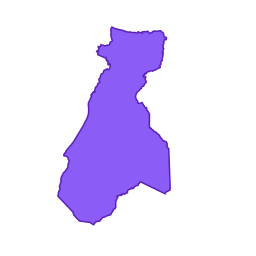 Morazan, Yoro, Honduras (Natural Earth projection), rotated 14°
{"feature_id": "27666195B65366922355243", "entity_name": "Morazan", "entity_type": "district", "adm_level": 2, "iso_a3": "HND", "parent_name": "Honduras", "parent_adm1": "Yoro", "projection": "natural_earth1", "projection_center": [-87.562, 15.347], "detail": "fine", "context": "isolated", "style": "filled", "palette": "violet", "viewbox_px": 256, "rotation_deg": 14, "n_neighbors": 0, "source": "geoboundaries", "source_scale": "gbopen_adm2", "svg_char_len": 5626}
<svg xmlns="http://www.w3.org/2000/svg" viewBox="0 0 256 256"><g transform="rotate(14 128 128)"><path d="M88.0,33.9L87.6,35.2L87.5,37.1L88.5,39.3L88.8,41.8L90.4,45.2L91.5,46.6L91.7,47.1L91.3,47.8L90.3,48.7L89.9,49.3L89.8,49.7L90.0,50.5L90.0,51.1L89.7,51.7L89.2,52.3L88.8,52.5L87.8,52.6L86.0,53.8L84.9,53.7L83.3,53.7L82.5,54.2L81.7,53.7L81.7,54.5L81.3,55.2L81.1,56.1L79.7,56.2L79.3,56.3L79.4,56.6L80.4,57.4L80.6,57.6L80.6,58.1L80.2,58.7L80.7,59.4L80.8,59.8L80.5,60.3L79.3,60.7L79.1,61.0L79.0,61.4L79.2,61.6L80.4,61.3L80.8,61.5L80.9,61.9L80.7,62.8L80.6,63.4L80.9,64.0L81.2,64.2L86.4,65.1L88.5,65.5L89.0,65.4L89.3,65.2L89.5,64.9L89.8,65.2L90.0,66.7L90.2,67.0L91.1,67.4L91.6,68.2L92.1,67.8L92.4,67.9L92.7,68.7L92.8,70.4L93.2,71.2L93.7,71.5L94.3,71.3L94.5,71.1L94.6,70.3L94.7,70.1L95.4,70.7L95.7,71.8L95.8,72.5L95.8,73.2L95.5,75.2L95.1,76.0L94.8,76.2L94.5,76.2L93.6,75.8L93.1,75.8L92.7,76.1L92.4,77.1L92.1,77.4L91.8,77.5L91.1,77.6L90.5,78.7L90.8,79.8L90.6,80.8L89.3,81.8L89.1,82.1L88.9,82.7L88.8,83.5L88.8,85.4L88.0,87.5L88.1,87.8L88.3,88.9L89.1,89.9L89.6,90.2L89.6,90.4L89.4,90.8L88.8,91.3L87.8,92.3L87.8,92.5L88.0,93.3L87.9,94.4L87.5,95.3L87.6,95.6L87.4,95.8L86.6,96.3L86.7,97.1L86.6,98.9L87.0,100.4L87.1,101.3L86.9,101.4L86.7,101.5L86.5,101.2L86.2,101.0L85.6,101.3L85.1,102.8L84.5,103.6L84.7,104.3L84.2,104.7L84.2,105.1L84.6,105.4L84.5,105.5L84.5,105.8L85.1,106.1L84.6,107.7L84.4,109.4L83.9,111.4L83.5,112.7L83.9,115.2L84.5,117.0L85.2,118.8L86.0,122.4L86.2,125.6L85.8,129.0L85.0,131.9L84.3,135.8L78.3,155.1L73.3,165.5L73.6,166.3L73.6,166.5L73.0,167.2L72.6,167.9L72.2,169.4L72.2,170.1L72.6,170.5L73.0,170.5L74.7,170.2L77.0,171.2L77.3,171.6L77.7,173.1L78.2,173.6L78.8,174.0L79.1,174.6L78.7,175.7L78.7,178.2L78.9,179.6L79.2,180.7L78.4,182.7L77.7,184.8L76.3,187.1L75.7,189.2L75.6,190.3L75.3,191.4L75.3,192.2L75.1,192.9L75.5,195.0L76.1,196.1L75.7,197.7L76.0,198.6L75.6,200.4L75.6,201.1L76.0,201.9L76.2,202.6L76.6,203.1L76.7,203.6L76.7,204.4L76.3,205.6L76.1,207.0L76.3,209.0L76.6,209.7L76.4,210.2L76.3,210.5L76.5,211.1L95.1,223.0L96.3,225.5L103.4,230.0L113.9,228.8L117.9,230.2L118.1,230.1L118.2,229.8L119.3,227.0L120.9,226.0L122.8,225.4L123.5,224.0L123.9,223.3L124.6,221.8L125.3,220.8L127.2,219.8L128.5,218.6L130.0,217.5L130.8,217.1L132.0,216.6L132.2,216.4L132.7,214.1L133.4,212.5L133.7,210.5L134.2,209.7L134.8,209.6L135.3,207.6L135.1,207.0L134.7,206.2L134.5,204.8L133.9,202.1L134.0,201.6L134.3,199.6L134.4,198.6L134.7,198.2L134.8,197.7L134.7,197.5L133.9,197.1L133.9,196.8L134.0,196.5L134.3,196.4L134.9,196.4L135.1,195.9L135.6,195.7L135.8,195.4L136.1,195.3L136.5,195.0L136.8,194.9L137.3,195.1L137.5,194.3L138.1,194.6L138.4,194.4L138.6,194.1L138.6,193.1L139.0,192.7L139.6,192.9L140.0,192.9L140.6,193.1L141.8,191.9L142.8,191.2L143.1,190.7L142.6,189.1L143.2,188.3L143.4,187.8L143.7,187.5L146.0,186.0L146.2,185.9L146.1,185.2L146.5,185.2L146.9,185.7L147.3,185.6L148.0,184.8L148.7,183.1L149.4,182.5L149.7,181.9L150.8,181.8L151.4,181.4L151.7,181.0L151.7,179.4L151.8,179.3L152.2,179.2L152.4,179.0L152.4,178.8L152.5,177.8L153.1,177.2L179.9,182.8L179.9,182.1L180.3,181.7L180.4,180.7L181.9,179.8L182.9,178.7L183.6,178.2L183.8,177.8L183.3,177.2L183.5,176.7L183.5,176.2L172.5,138.1L170.7,137.2L170.2,136.8L169.8,136.2L170.2,136.0L170.3,135.7L169.6,133.4L168.2,132.0L167.9,132.0L167.1,132.2L166.3,131.7L165.5,132.0L164.3,131.3L163.7,130.8L163.5,130.3L162.5,129.8L161.9,129.2L161.1,128.7L160.7,128.2L160.5,127.6L160.3,127.4L159.7,127.2L158.3,126.5L157.4,126.4L156.9,125.7L155.9,125.2L154.8,125.2L154.1,124.9L153.7,124.7L153.1,124.0L151.7,123.8L150.9,123.0L150.3,122.6L149.7,122.4L149.5,122.5L149.4,122.8L149.1,122.7L148.8,122.4L148.5,121.8L145.4,109.1L144.8,108.6L144.0,107.6L142.8,106.6L141.7,105.6L141.3,104.1L140.7,103.8L139.9,104.2L135.4,99.9L134.6,100.6L133.3,101.3L132.1,101.5L131.5,101.3L131.3,101.0L131.2,100.4L131.0,99.8L129.3,98.4L128.1,96.6L127.8,95.9L127.6,94.0L127.5,93.6L127.9,92.6L128.2,91.1L129.7,88.9L130.3,87.6L131.5,86.1L131.5,85.7L131.4,85.1L131.4,84.8L131.9,84.1L132.8,83.6L133.2,83.1L133.4,81.1L133.6,80.7L134.4,79.8L134.5,79.4L134.4,78.6L132.8,76.4L132.8,75.8L133.0,74.7L132.9,74.1L132.5,74.1L131.5,74.7L131.1,74.9L130.6,74.5L130.1,73.9L130.1,73.6L130.9,73.1L131.5,72.5L131.4,72.3L130.9,71.9L131.6,70.6L131.8,70.7L132.0,71.0L132.3,71.0L132.6,70.5L132.7,69.9L133.0,69.3L133.2,69.0L133.9,68.4L134.2,68.2L135.0,68.2L135.5,67.4L136.8,66.8L137.0,66.7L137.8,67.0L138.1,66.9L138.4,66.5L138.7,66.2L140.8,64.8L142.6,63.0L144.1,62.0L144.5,61.5L144.5,61.0L144.4,60.6L144.1,60.1L143.7,59.9L143.6,59.7L143.7,59.4L144.4,58.5L144.5,58.1L144.5,57.7L144.0,56.9L144.1,55.2L144.8,54.4L144.9,54.2L144.8,53.8L144.3,52.8L144.3,52.0L144.5,50.7L144.5,49.9L144.4,49.4L144.1,48.8L144.0,48.5L144.1,48.3L143.9,47.9L144.2,47.5L144.2,47.3L144.0,47.1L143.3,46.9L143.1,46.6L143.2,46.4L143.7,45.8L143.5,45.1L143.1,43.9L143.1,43.6L143.4,43.0L143.5,42.5L143.1,42.0L142.4,41.3L142.3,39.8L141.9,38.9L142.2,37.7L142.2,36.5L141.7,35.6L142.0,35.1L141.7,34.0L142.2,33.3L142.6,33.1L143.3,33.3L143.6,33.0L143.7,32.1L143.5,31.3L142.9,30.9L142.3,30.8L142.1,31.0L141.4,30.9L140.6,30.2L139.9,28.3L139.2,27.3L138.6,26.9L137.5,26.7L136.7,25.9L136.2,25.8L133.7,26.5L132.8,27.1L130.6,27.4L130.1,27.9L129.5,27.9L129.2,28.0L128.9,28.2L128.5,28.8L128.2,29.7L127.3,29.9L126.6,30.7L126.3,30.9L125.8,30.9L125.1,30.6L124.0,29.3L123.8,29.3L121.6,30.4L120.4,30.6L118.5,31.3L118.4,31.4L118.4,31.6L118.8,32.4L117.2,32.4L115.9,32.6L114.6,32.1L114.1,33.2L113.7,33.7L113.2,33.9L111.9,33.6L108.0,34.5L107.5,34.5L106.6,34.2L105.4,34.9L103.0,35.0L102.6,35.0L102.1,34.7L100.2,34.8L99.5,34.5L95.0,34.7L91.5,34.6L88.8,34.2L88.0,33.9Z" fill="#8b5cf6" stroke="#5b21b6" stroke-width="1.5"/></g></svg>